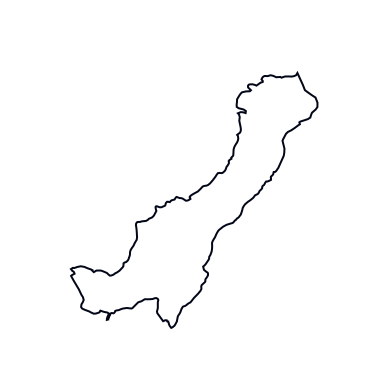 Bolvasnita, Caras-Severin, Romania (Equal Earth projection), rotated 299°
{"feature_id": "2599482B91708216111276", "entity_name": "Bolvasnita", "entity_type": "district", "adm_level": 2, "iso_a3": "ROU", "parent_name": "Romania", "parent_adm1": "Caras-Severin", "projection": "equal_earth", "projection_center": [22.399, 45.326], "detail": "fine", "context": "isolated", "style": "outline", "palette": "ink", "viewbox_px": 384, "rotation_deg": 299, "n_neighbors": 0, "source": "geoboundaries", "source_scale": "gbopen_adm2", "svg_char_len": 5996}
<svg xmlns="http://www.w3.org/2000/svg" viewBox="0 0 384 384"><g transform="rotate(299 192 192)"><path d="M324.2,260.2L327.1,260.5L331.0,258.4L334.5,254.2L334.7,251.0L335.0,247.8L335.4,244.6L335.8,241.4L339.3,237.2L347.2,226.5L344.8,226.5L342.9,225.2L341.2,223.1L340.5,221.6L339.7,220.1L338.9,218.7L338.0,217.2L335.4,214.9L335.5,213.6L333.2,210.0L333.0,206.8L332.2,204.1L330.2,202.2L328.6,199.2L328.2,198.9L327.7,198.6L327.1,198.3L326.6,198.2L326.1,198.1L324.2,198.2L323.4,200.1L322.5,200.5L320.9,199.0L316.3,196.8L316.2,195.8L316.1,194.8L315.8,193.7L315.5,192.7L314.4,190.7L313.3,189.6L312.0,189.5L310.6,190.4L309.6,194.2L308.2,193.8L306.1,190.4L303.4,187.4L301.7,186.9L298.8,186.6L294.9,186.5L293.7,187.1L292.5,187.7L291.3,188.2L290.0,188.7L288.1,189.9L287.9,192.2L289.2,197.2L288.9,199.9L287.0,200.6L286.8,199.4L286.5,198.2L286.0,197.0L285.5,195.9L283.1,194.0L282.6,195.5L280.7,197.4L277.1,198.9L272.5,202.9L270.5,204.4L268.8,205.1L267.5,205.2L266.9,205.1L266.3,204.9L265.8,204.6L265.2,204.3L263.8,203.8L263.3,205.0L261.1,206.6L260.1,206.9L259.1,207.2L258.0,207.3L257.0,207.4L255.0,207.2L254.1,207.2L252.3,207.2L251.4,207.3L249.3,207.8L244.6,210.1L243.6,210.4L241.0,209.7L240.2,210.4L238.2,209.3L236.8,209.1L236.5,209.5L236.1,209.7L235.7,210.0L235.1,210.3L234.0,210.4L233.2,210.4L232.5,210.3L231.7,210.2L231.0,210.0L228.1,210.5L226.3,210.5L223.6,209.5L222.8,208.6L221.9,206.6L221.0,205.5L218.9,205.2L216.7,205.1L212.5,204.5L208.2,203.6L206.0,202.7L204.7,201.7L204.1,200.9L203.5,200.1L202.8,199.4L202.0,198.7L200.3,198.3L198.6,197.9L197.0,197.4L195.3,196.9L192.2,194.9L189.0,193.0L186.9,192.3L186.0,192.7L186.0,193.1L185.8,193.4L185.5,193.7L185.2,194.0L184.0,193.4L183.2,192.9L182.9,192.7L182.4,192.2L182.0,191.8L181.7,191.3L181.4,190.8L181.7,187.4L181.6,186.6L181.5,186.0L181.3,185.3L181.0,184.7L180.7,184.1L180.2,180.9L179.3,180.5L177.0,180.4L174.8,178.2L174.0,177.8L172.4,177.5L171.8,175.7L171.3,174.9L169.6,174.5L167.4,175.1L166.7,174.9L163.8,172.6L162.9,170.9L162.6,168.7L162.2,167.6L161.2,167.4L160.3,168.0L159.6,168.6L158.8,169.3L158.2,170.0L153.6,170.1L153.1,170.1L151.9,169.9L151.4,169.7L150.8,169.5L150.2,169.3L147.7,167.3L146.2,166.9L144.4,165.8L141.9,162.2L140.7,161.2L140.3,160.5L140.0,159.9L139.6,159.3L139.1,158.7L137.4,158.4L135.7,159.1L134.5,160.1L132.6,161.5L130.2,163.1L125.6,166.0L123.3,166.8L121.3,166.7L119.2,166.7L117.8,166.8L116.3,166.9L115.1,166.7L113.9,166.6L112.7,166.5L111.3,166.5L109.5,166.9L106.9,168.2L105.6,168.5L104.2,168.7L102.9,169.0L101.5,169.1L100.8,169.0L100.2,168.8L99.5,168.6L98.9,168.4L97.6,167.2L96.5,166.7L94.0,167.9L92.6,167.9L87.9,166.7L85.3,165.4L83.4,164.1L82.5,163.8L81.7,163.4L80.9,162.8L80.3,162.3L79.9,161.9L79.5,161.5L79.3,161.0L79.0,160.5L79.2,159.6L79.4,158.8L79.6,157.9L79.9,157.1L79.8,155.3L79.6,153.6L79.4,151.8L79.0,150.1L77.2,146.9L76.8,146.4L74.3,145.0L75.2,141.7L75.3,141.8L75.3,141.2L74.7,137.8L74.3,134.1L73.1,130.7L70.7,127.9L68.5,126.0L67.9,124.6L65.9,123.5L64.9,125.8L65.0,126.8L64.5,127.9L63.6,128.9L60.9,127.2L60.0,126.9L57.2,131.3L52.1,140.1L48.5,145.1L47.2,147.5L45.1,149.6L43.0,149.9L40.1,149.8L37.6,150.8L36.8,152.4L36.9,154.3L37.1,156.2L37.4,158.0L37.7,159.9L37.7,161.1L37.7,162.4L37.8,163.6L37.9,164.9L39.0,166.8L41.7,169.3L42.4,169.5L42.8,169.4L43.2,169.3L43.8,169.4L44.3,172.2L44.5,173.2L44.9,174.5L45.4,175.8L45.5,177.0L45.4,177.9L44.7,178.4L41.8,178.6L41.3,178.7L40.0,179.0L38.9,179.5L39.6,180.2L39.7,179.9L40.5,180.2L41.1,180.3L42.9,180.0L44.2,179.9L44.9,179.9L46.2,179.6L47.2,180.4L47.4,181.0L47.6,181.5L47.9,182.2L48.1,182.3L48.7,182.6L49.3,182.7L50.0,182.7L50.7,182.5L51.7,183.3L53.3,185.3L55.0,186.6L56.6,188.1L59.0,191.3L60.7,195.5L61.6,196.2L69.4,198.4L72.0,200.8L72.9,201.3L73.8,201.8L74.7,202.3L75.5,202.9L76.1,204.2L76.8,205.5L77.5,206.7L78.3,207.9L79.3,209.4L81.3,211.2L82.0,212.5L81.9,213.9L81.2,214.9L78.9,215.6L73.9,218.4L70.5,219.3L69.2,220.4L65.0,229.4L65.5,229.8L66.0,230.1L66.5,230.5L67.0,231.0L67.5,232.2L66.8,233.0L66.9,233.4L67.2,234.0L66.6,234.4L66.1,235.3L65.4,235.7L64.6,236.7L64.0,237.6L63.1,239.7L64.4,240.6L66.7,241.5L68.4,241.6L71.5,241.5L76.0,240.0L77.5,239.9L78.7,240.1L81.2,240.1L84.9,239.5L85.2,239.6L85.6,239.6L85.9,239.6L86.3,239.5L87.4,239.7L88.1,240.3L88.7,240.9L89.4,241.4L90.2,241.9L91.4,242.3L92.6,242.8L93.7,243.5L94.8,244.2L100.4,245.1L105.8,246.6L109.6,247.3L111.2,247.3L112.4,246.9L113.8,245.9L115.3,245.6L119.5,247.0L120.4,247.0L120.8,246.7L121.3,246.4L121.9,246.2L122.4,246.1L122.8,246.1L123.9,246.3L125.0,246.4L126.0,246.4L127.1,246.3L128.6,245.4L129.1,244.8L129.1,243.6L129.3,242.4L129.5,241.3L129.8,240.1L132.2,237.9L132.9,238.2L133.7,238.5L135.3,238.9L141.0,239.4L141.7,239.3L142.4,239.1L143.0,238.8L143.6,238.5L146.1,238.6L147.7,238.3L149.3,238.1L152.2,237.0L153.8,236.2L154.9,235.6L156.8,234.4L158.0,234.0L159.6,233.9L160.6,233.9L162.7,234.0L163.8,234.1L165.1,233.9L166.4,233.8L167.7,233.7L169.1,233.7L170.9,233.8L172.1,234.1L176.7,236.0L180.0,238.1L181.1,239.1L182.2,240.2L183.3,241.2L184.3,242.3L185.4,242.9L185.6,242.9L186.7,243.2L187.8,243.3L188.3,243.6L188.9,243.9L189.5,244.0L190.6,244.2L192.4,245.1L196.0,245.6L197.7,245.3L199.3,245.0L201.0,244.6L202.6,244.1L203.6,244.1L204.7,244.1L205.7,244.2L206.8,244.3L210.6,245.7L212.1,246.5L213.6,247.2L215.1,247.8L216.7,248.4L219.8,248.8L220.4,249.3L221.1,249.8L221.8,250.2L222.5,250.6L223.5,250.7L224.4,250.7L225.7,250.6L228.2,251.4L229.3,251.5L230.9,250.8L231.5,250.9L232.0,251.1L232.6,251.3L233.1,251.6L233.7,251.6L234.3,251.6L235.0,251.6L235.6,251.5L237.2,251.8L237.4,252.2L237.6,252.6L237.9,253.0L238.3,253.4L238.8,253.8L240.9,255.2L241.5,254.9L242.0,254.6L242.5,254.3L243.0,253.8L243.9,253.6L244.5,253.9L245.2,254.1L245.9,254.3L246.6,254.4L247.1,254.4L248.3,253.9L249.1,253.8L249.8,254.9L250.9,255.4L255.0,255.8L268.1,254.7L271.0,253.7L274.8,251.8L280.7,246.3L283.0,246.1L288.5,246.0L291.1,246.8L293.9,248.8L297.6,250.7L299.1,251.4L300.7,252.1L302.2,252.8L303.6,253.5L305.0,252.1L306.1,252.6L311.9,258.0L314.5,259.4L316.4,258.9L319.5,258.5L324.2,260.2Z" fill="none" stroke="#020617" stroke-width="2"/></g></svg>